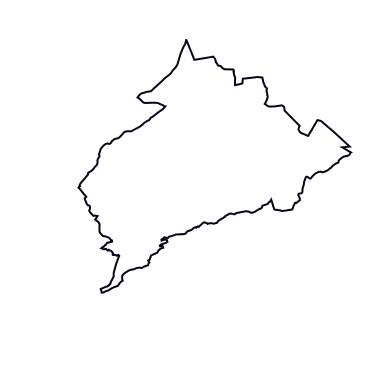 outline of San Nicolás de los Ranchos, Puebla, Mexico, rotated 128°
{"feature_id": "50627088B88938023888271", "entity_name": "San Nicolás de los Ranchos", "entity_type": "district", "adm_level": 2, "iso_a3": "MEX", "parent_name": "Mexico", "parent_adm1": "Puebla", "projection": "albers", "projection_center": [-98.533, 19.087], "detail": "fine", "context": "isolated", "style": "outline", "palette": "ink", "viewbox_px": 384, "rotation_deg": 128, "n_neighbors": 0, "source": "geoboundaries", "source_scale": "gbopen_adm2", "svg_char_len": 6002}
<svg xmlns="http://www.w3.org/2000/svg" viewBox="0 0 384 384"><g transform="rotate(128 192 192)"><path d="M58.5,207.0L61.3,211.5L62.9,213.0L71.5,221.7L75.4,219.2L77.5,220.7L81.3,223.8L76.9,227.4L76.3,227.6L75.1,228.6L74.1,230.5L72.2,232.7L71.6,232.8L71.4,233.0L71.4,233.5L70.8,233.7L70.3,234.1L70.1,235.0L75.4,242.1L75.3,242.8L75.7,244.0L75.2,246.3L75.1,247.0L76.2,249.0L76.0,250.3L75.4,251.3L75.2,252.1L75.1,253.1L74.7,253.2L74.0,254.4L73.2,255.3L72.7,256.7L72.5,257.3L72.5,257.7L72.2,258.5L86.4,271.5L76.9,287.8L75.4,290.7L76.5,289.8L79.5,288.5L83.0,288.0L85.2,287.5L90.4,286.0L100.0,282.2L103.0,281.6L108.5,282.0L111.4,281.7L114.5,282.3L119.5,283.6L122.1,283.8L131.1,285.3L133.6,285.8L137.7,286.3L139.6,287.9L140.2,288.7L141.4,289.7L143.0,290.6L144.7,292.1L146.6,292.9L148.8,293.2L151.1,293.1L150.8,291.6L150.9,290.4L151.2,288.2L151.4,286.0L151.2,284.6L150.0,282.8L148.8,281.5L145.8,277.9L144.4,276.0L142.9,273.7L142.0,269.8L141.5,268.3L141.5,266.8L141.0,265.8L143.7,265.9L145.0,266.1L146.5,266.5L148.4,267.2L157.4,269.5L158.8,270.3L160.8,270.0L162.3,270.2L163.2,270.9L165.3,271.6L166.4,272.1L169.3,272.5L170.4,272.9L171.8,273.0L179.7,276.5L181.3,277.1L182.0,277.6L183.3,279.6L185.1,281.4L185.8,281.9L187.1,282.3L192.3,282.6L194.3,283.0L195.2,283.4L197.7,285.5L198.5,285.9L199.2,285.9L200.5,286.2L201.5,286.6L202.3,286.2L203.7,286.1L204.6,286.5L205.3,287.1L205.9,288.6L206.6,289.2L207.5,289.7L210.0,290.3L212.3,290.5L214.5,290.4L218.9,288.7L219.6,288.6L220.2,287.5L221.1,286.7L223.6,286.6L225.5,285.9L226.6,284.7L228.5,283.9L229.5,283.7L232.0,284.0L233.2,283.9L236.2,284.0L237.8,284.4L239.3,285.1L240.9,285.6L242.4,284.7L252.4,285.1L253.9,285.2L256.0,284.7L256.3,283.9L258.4,284.2L258.8,281.6L260.5,274.6L260.9,272.3L263.1,272.7L264.3,270.9L266.4,267.1L266.6,265.9L266.0,264.8L266.1,263.7L267.7,262.2L269.9,261.6L270.8,259.8L271.0,258.3L271.5,255.4L271.3,254.7L270.8,254.4L270.4,253.9L269.4,252.3L269.1,251.6L271.1,251.4L273.3,251.3L273.4,250.3L273.3,249.3L273.4,246.7L274.6,244.7L278.1,242.2L280.3,240.3L280.9,238.9L281.3,236.7L281.4,234.8L280.9,233.9L280.2,232.8L279.8,231.3L279.3,229.9L279.1,228.5L279.8,226.6L279.4,225.9L279.4,225.6L279.6,225.0L280.4,224.4L280.5,224.4L281.1,225.0L281.2,225.4L282.7,226.2L282.9,226.4L283.9,227.0L284.0,227.4L284.3,227.6L284.8,227.7L286.5,227.4L286.8,227.4L287.4,227.8L288.6,228.0L289.1,227.8L289.8,227.9L290.6,228.7L291.2,228.6L291.9,228.7L291.7,228.4L291.9,227.7L291.9,227.2L291.7,226.7L291.3,226.0L290.9,225.7L290.4,225.5L290.2,224.9L289.7,224.5L290.0,223.5L290.1,222.4L290.0,222.2L289.6,222.0L289.1,222.2L288.8,222.1L288.6,221.8L288.6,221.4L288.8,221.0L288.4,219.9L288.2,218.9L288.3,218.4L288.7,217.7L288.7,217.0L288.9,216.7L290.2,216.0L290.3,215.7L290.2,215.2L289.8,214.9L289.3,214.7L289.0,213.7L288.7,213.5L288.5,212.6L288.5,212.0L286.9,211.3L287.0,210.7L287.2,210.4L287.2,210.0L288.3,209.8L289.7,209.3L290.3,209.2L292.8,208.3L294.3,207.9L304.0,203.9L306.6,201.8L310.8,200.9L312.4,200.7L314.4,199.9L315.1,199.7L315.5,200.2L316.4,199.9L317.1,200.2L317.5,200.2L317.8,200.5L318.4,200.5L318.6,200.7L319.1,201.0L319.6,201.6L320.0,201.7L324.6,204.2L325.8,202.5L327.4,200.6L327.0,200.8L324.8,199.5L322.9,198.6L321.0,197.3L319.4,196.8L315.6,195.2L313.1,193.6L311.7,192.6L308.0,192.9L306.5,192.7L304.6,192.0L303.8,193.2L302.5,194.4L301.0,195.3L298.5,195.4L293.4,193.7L291.2,192.5L288.7,190.3L286.4,189.0L284.6,187.6L283.7,186.6L283.2,185.2L282.5,184.6L281.8,184.5L280.8,184.1L276.7,181.6L274.6,182.4L273.8,182.2L273.0,184.3L271.3,183.7L267.2,185.2L261.2,182.0L258.4,182.5L257.8,182.1L256.8,182.1L255.9,181.9L253.7,180.4L252.5,182.1L254.4,183.9L253.9,184.4L253.0,183.8L252.7,184.1L251.4,183.6L249.0,181.7L247.9,181.1L246.8,180.9L246.4,180.7L245.1,182.7L246.1,183.8L247.4,185.1L248.3,185.8L249.0,186.0L248.2,186.8L246.7,186.1L245.2,186.0L244.6,185.8L244.0,184.2L242.9,182.6L241.9,182.7L240.8,182.3L239.7,181.2L237.0,179.5L235.4,178.5L234.5,177.5L233.8,176.6L233.2,176.1L233.2,175.9L232.7,175.6L232.4,174.9L231.5,173.9L230.7,173.3L230.4,172.6L229.8,172.2L229.4,171.8L228.8,171.7L228.5,171.5L228.2,171.4L227.6,171.5L227.3,171.3L226.9,171.4L226.5,171.5L225.5,171.3L223.9,170.1L222.2,169.1L219.4,168.5L218.7,168.1L217.9,167.8L217.7,167.7L217.6,167.1L217.4,167.2L215.8,166.3L215.9,165.8L215.4,165.8L215.2,165.6L214.8,165.0L214.4,165.1L209.1,164.2L208.2,163.4L207.4,160.9L207.6,160.1L206.8,159.8L204.3,157.1L203.8,155.7L203.3,155.1L200.6,153.2L199.5,153.5L198.4,153.4L195.1,152.3L192.9,151.3L191.9,151.2L191.4,150.7L190.5,151.0L188.6,150.2L188.1,149.8L186.6,149.5L185.1,148.2L183.9,145.9L183.7,145.0L182.7,144.3L181.4,144.2L173.8,137.5L172.5,135.2L172.1,132.9L171.0,131.6L168.5,130.0L167.8,130.0L166.0,129.3L164.4,128.6L162.2,127.4L160.9,127.4L159.5,128.1L154.8,125.0L152.9,125.1L151.3,124.6L149.2,124.9L154.3,117.6L155.0,116.5L154.4,114.8L153.5,113.6L151.9,110.6L151.9,109.9L150.6,108.3L144.0,102.2L140.4,103.4L137.0,104.1L136.6,103.1L133.6,102.4L132.3,101.9L130.6,103.2L129.9,104.4L129.2,106.2L127.7,106.9L125.7,105.0L124.7,104.8L123.5,105.4L121.0,107.1L117.0,108.6L115.4,109.7L112.3,110.8L110.2,111.4L109.4,111.2L108.9,110.0L109.0,109.0L108.9,107.9L108.8,107.3L108.4,106.9L103.8,106.6L101.0,106.0L98.0,104.4L96.5,102.8L96.3,101.6L95.5,100.7L94.1,99.8L92.2,98.8L90.5,98.1L88.9,98.0L87.2,97.3L85.4,97.4L81.1,96.2L79.7,95.4L78.8,94.8L78.1,95.2L77.5,95.5L76.4,95.7L74.7,95.5L73.1,95.0L71.2,94.5L69.0,92.9L68.4,92.0L65.6,90.8L63.2,91.3L63.0,91.2L64.3,101.1L59.1,95.7L57.4,116.4L56.6,134.0L57.0,135.0L58.1,137.4L76.3,135.0L78.2,142.0L78.4,142.9L78.1,144.4L77.2,146.6L75.0,147.6L73.6,147.9L71.0,168.2L70.8,169.1L70.3,169.6L69.8,170.3L68.2,171.8L68.4,174.6L70.5,176.5L74.4,180.3L75.3,181.6L76.3,182.6L77.5,184.6L77.8,188.8L77.3,188.7L76.8,188.8L76.5,189.2L75.1,189.3L74.4,189.6L73.0,189.8L72.5,190.2L70.9,190.6L70.3,191.0L69.6,191.7L69.3,192.5L68.7,192.8L68.2,193.2L67.5,194.2L66.8,195.2L66.2,195.7L64.4,196.6L64.1,197.1L64.1,198.7L63.6,199.9L62.7,201.4L62.1,202.2L61.7,203.2L60.9,204.2L59.8,205.4L59.3,206.2L58.5,207.0Z" fill="none" stroke="#020617" stroke-width="2"/></g></svg>